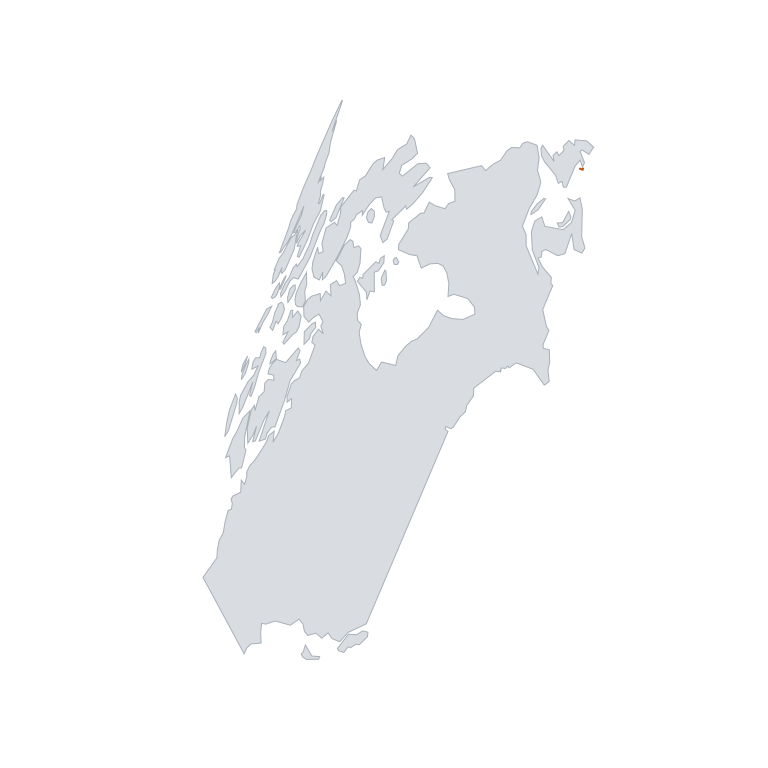 map of Saint Pierre and Miquelon with Canada greyed out, rotated 293°
{"feature_id": "SPM", "entity_name": "Saint Pierre and Miquelon", "entity_type": "country or territory", "adm_level": 0, "iso_a3": "SPM", "parent_name": "North America", "parent_adm1": "", "projection": "equal_earth", "projection_center": [-56.267, 46.926], "detail": "fine", "context": "with_neighbors", "style": "filled", "palette": "amber", "viewbox_px": 768, "rotation_deg": 293, "n_neighbors": 1, "source": "natural_earth", "source_scale": "50m", "svg_char_len": 8395}
<svg xmlns="http://www.w3.org/2000/svg" viewBox="0 0 768 768"><g transform="rotate(293 384 384)"><path d="M156.3,461.4L141.2,447.9L129.5,444.0L129.3,435.6L133.1,429.9L125.7,426.0L128.1,418.7L122.8,412.1L125.1,407.5L131.4,403.2L134.3,397.6L125.4,392.1L123.3,376.3L116.8,369.1L115.9,364.9L107.3,367.5L97.5,372.1L92.7,363.1L87.6,360.9L81.0,360.7L135.3,292.9L158.7,298.1L166.4,295.4L175.5,293.4L184.1,294.2L195.5,291.5L206.8,289.9L209.1,292.5L214.8,291.0L218.4,288.2L222.1,288.8L228.4,294.4L239.7,290.2L237.2,294.9L245.5,293.8L249.1,292.0L256.4,292.4L264.1,295.0L277.1,297.3L285.0,298.4L291.4,298.0L297.8,301.3L287.0,304.6L297.6,306.0L315.1,305.2L321.1,304.0L325.7,308.0L334.4,304.7L329.4,301.9L334.7,299.6L347.8,298.7L352.0,300.2L356.6,303.8L363.9,303.3L373.6,306.3L393.0,305.4L394.1,301.3L400.1,300.1L408.9,302.3L406.3,308.6L412.5,303.3L417.5,303.5L422.9,297.0L417.8,293.1L411.6,290.6L415.0,283.9L424.0,279.7L431.6,280.6L436.7,283.2L442.4,289.9L435.7,293.0L446.8,294.3L444.4,300.8L454.5,295.8L460.6,299.9L457.1,304.8L461.8,309.3L469.9,304.4L476.2,298.8L478.7,291.9L496.2,293.2L503.7,296.4L503.2,299.6L497.7,303.0L501.2,306.6L499.6,309.9L485.8,314.7L476.6,315.8L470.6,313.7L467.7,317.2L456.9,326.3L447.8,331.3L438.3,331.8L432.1,334.9L430.1,339.8L422.1,340.8L411.9,347.0L401.7,355.9L397.0,362.3L393.6,371.8L403.3,373.2L405.6,387.5L415.9,385.8L428.0,389.5L434.3,392.8L438.4,396.9L453.5,403.0L472.8,404.4L470.2,412.1L470.8,421.2L474.3,431.5L483.8,440.4L490.0,437.3L495.4,427.8L493.9,413.4L489.6,408.7L501.8,404.5L510.9,398.3L515.8,392.3L516.1,386.5L512.5,379.3L505.2,373.0L514.9,364.3L513.2,357.0L513.3,344.8L518.3,343.0L536.1,345.8L541.9,343.8L555.4,350.9L557.1,354.0L569.1,354.6L568.1,361.4L569.2,371.7L575.4,373.0L580.0,377.9L590.5,373.3L597.8,364.2L602.6,360.4L623.1,388.5L620.1,394.0L629.4,398.9L635.6,403.9L647.0,406.2L651.6,409.1L654.4,416.7L660.1,417.9L663.0,421.3L663.6,431.6L652.9,438.4L640.7,441.8L631.1,449.5L618.4,451.1L602.5,449.1L583.5,449.7L576.8,456.5L566.8,460.8L545.3,482.7L551.9,481.1L565.2,468.2L581.7,460.2L593.0,459.2L599.5,463.9L592.0,470.5L596.0,488.5L605.8,493.5L618.6,492.1L626.7,480.9L627.0,488.1L631.9,491.7L622.2,498.3L596.8,508.4L587.7,515.8L581.8,515.0L582.0,506.4L595.9,498.0L574.7,499.6L570.0,493.9L570.9,480.3L567.7,477.5L562.5,479.2L560.1,476.6L553.7,484.0L547.6,496.3L541.6,498.4L540.6,500.9L514.5,501.0L500.6,510.9L497.7,514.9L482.7,515.0L479.0,516.6L480.1,522.8L469.1,527.9L460.7,529.6L450.8,535.1L445.6,532.0L455.8,515.5L455.1,497.5L447.8,492.8L449.0,491.0L445.9,489.8L444.6,485.8L440.9,486.5L441.6,485.6L439.9,484.6L439.6,482.0L415.3,468.2L408.0,471.0L396.6,468.5L390.2,469.8L383.5,466.8L371.0,464.6L369.0,463.0L368.9,457.7L366.4,457.7L365.4,461.4L156.3,461.4ZM474.2,343.7L480.0,340.2L489.1,340.3L488.6,341.7L479.8,346.0L475.1,345.8L474.2,343.7ZM518.5,274.8L512.7,271.9L513.5,270.0L529.9,270.2L539.5,273.1L539.7,274.6L518.5,274.8ZM498.1,346.6L501.2,344.2L503.9,344.4L505.3,346.0L501.8,350.1L499.0,349.4L498.1,346.6ZM440.5,263.4L436.4,265.4L428.1,265.0L421.5,263.7L425.7,261.5L434.7,260.2L439.0,261.9L440.5,263.4ZM444.3,251.8L431.0,251.7L430.0,250.5L441.5,250.6L445.2,251.4L444.3,251.8ZM430.0,246.8L436.2,248.2L433.9,249.6L425.1,250.5L420.9,249.5L419.2,248.0L419.6,246.4L430.0,246.8ZM471.4,266.4L447.1,264.1L446.5,259.1L441.6,257.1L429.9,256.5L423.9,255.1L426.9,253.4L438.6,253.6L444.4,255.0L455.7,255.0L460.1,256.5L458.1,258.2L467.6,260.4L483.7,261.0L493.3,260.0L514.6,259.9L520.4,261.7L521.1,263.7L517.1,265.0L508.0,266.1L500.7,265.5L471.4,266.4ZM346.3,249.2L353.9,249.9L351.2,251.1L339.7,252.3L332.2,250.9L337.7,249.6L346.3,249.2ZM346.8,246.5L356.5,247.5L349.1,248.2L339.7,248.2L340.2,247.7L346.8,246.5ZM665.7,436.8L655.3,453.6L660.2,450.4L665.3,452.4L662.6,455.8L669.3,458.4L672.8,456.1L680.3,459.0L678.1,466.1L683.4,464.5L687.0,475.7L683.9,484.4L675.4,482.9L676.9,474.8L674.8,473.6L666.0,482.1L661.4,481.8L666.8,477.1L659.4,474.8L636.4,475.0L635.3,472.1L640.1,468.7L636.8,466.1L643.3,460.2L651.2,445.0L655.8,439.7L662.2,436.4L665.7,436.8ZM476.7,322.0L493.3,328.7L493.1,332.2L498.1,331.6L502.2,334.1L495.8,336.4L486.0,334.6L483.1,331.3L465.1,339.1L464.1,334.7L454.9,335.4L461.7,331.8L468.2,319.4L472.7,320.0L473.0,323.1L476.7,322.0ZM523.9,277.3L530.1,275.1L550.6,280.6L550.9,283.1L562.4,281.8L568.1,285.5L582.5,287.9L587.6,290.4L592.7,296.2L580.9,299.2L595.2,303.5L605.1,304.9L613.7,311.1L623.7,311.6L621.4,316.4L609.5,324.7L601.8,321.6L592.3,314.9L583.9,315.7L582.6,319.8L600.0,329.2L603.7,336.6L601.0,342.0L576.8,333.9L592.0,345.1L592.8,347.8L575.0,344.7L561.2,340.2L553.7,336.5L556.3,334.4L538.2,327.0L537.9,329.2L518.7,330.3L513.7,327.8L519.1,322.5L544.8,321.4L543.1,318.9L545.9,315.4L555.3,308.7L552.0,303.5L543.0,300.3L530.8,298.1L535.1,296.5L529.4,292.6L524.0,292.2L519.6,290.1L515.9,291.9L504.5,292.7L482.4,291.3L460.3,288.6L455.9,286.5L463.3,283.8L454.6,283.8L454.9,277.9L461.3,273.0L468.3,270.8L484.1,269.4L478.5,272.8L482.1,276.3L489.1,271.9L504.8,269.7L513.5,275.2L511.6,278.9L523.9,277.3ZM433.4,267.7L445.6,267.9L456.4,269.1L445.6,273.9L438.1,274.9L429.9,279.1L423.1,278.9L421.5,274.0L422.8,271.3L426.9,269.1L433.4,267.7ZM273.3,258.0L285.7,254.6L299.7,251.9L316.7,251.3L313.5,254.6L308.0,256.1L280.4,259.0L273.3,258.0ZM105.7,414.3L113.1,413.6L105.4,423.9L107.9,431.3L105.0,431.3L100.1,420.0L100.9,416.0L103.0,413.2L105.7,414.3ZM381.8,244.8L407.1,246.7L411.7,250.2L402.7,249.8L394.0,248.5L381.5,248.3L387.6,247.2L381.3,246.3L381.8,244.8ZM149.3,466.2L144.9,467.5L134.3,463.1L133.5,459.7L128.2,456.3L128.1,453.6L121.2,451.9L120.7,446.7L122.4,444.5L139.7,449.0L142.5,456.9L148.4,460.8L149.3,466.2ZM274.8,266.1L282.5,267.1L297.3,267.4L306.9,271.1L281.2,276.3L271.0,280.3L269.2,282.8L251.1,285.7L249.8,283.1L238.1,280.0L257.6,270.0L254.3,266.9L274.8,266.1ZM359.7,259.3L365.3,258.5L371.3,258.7L371.0,261.0L366.1,263.3L345.8,264.1L329.6,266.2L320.6,266.4L320.9,264.7L334.5,262.5L307.7,263.1L300.1,262.2L311.3,257.6L317.7,256.4L332.9,257.9L341.4,260.7L351.4,261.0L345.9,256.6L352.2,255.0L357.8,255.5L359.7,259.3ZM359.2,273.3L364.7,275.5L365.2,285.1L383.7,291.0L381.7,293.7L371.3,294.2L374.1,296.6L370.8,299.0L350.2,296.3L329.9,298.8L302.0,300.4L300.4,297.4L293.0,295.6L287.0,296.3L282.5,291.4L314.4,288.9L303.4,287.5L281.4,287.8L279.6,285.6L295.3,283.2L285.9,283.3L276.3,281.8L290.0,275.3L308.3,272.0L313.7,273.0L309.0,275.6L323.4,273.9L330.0,276.7L338.5,273.9L342.9,275.7L344.6,281.3L349.0,278.9L348.0,273.2L353.7,272.4L359.2,273.3ZM394.5,275.3L389.7,271.7L398.0,269.2L404.6,270.3L415.5,269.6L416.3,271.2L409.5,273.7L417.5,276.1L414.2,281.2L403.2,283.5L397.6,283.0L394.4,280.8L381.6,276.4L382.6,274.6L394.5,275.3ZM360.3,270.5L368.4,270.3L372.3,271.4L365.1,275.0L357.9,271.2L360.3,270.5ZM415.9,255.3L419.2,257.4L418.3,259.8L413.9,263.3L404.0,263.8L398.1,263.0L399.6,260.2L389.9,260.6L391.5,257.0L397.6,257.1L407.1,255.6L415.1,255.9L415.9,255.3ZM432.8,241.8L441.7,239.3L447.6,239.1L445.5,238.4L458.5,238.3L464.8,239.9L482.8,241.3L486.4,243.5L492.8,244.7L484.6,245.8L473.0,248.7L451.3,248.5L445.9,246.9L446.6,245.5L451.5,244.5L441.2,244.6L435.6,243.4L432.8,241.8ZM463.9,236.4L489.8,235.3L498.3,234.3L505.1,234.5L510.8,235.2L515.4,233.8L532.8,233.1L552.4,233.3L568.4,232.9L606.8,233.4L628.6,234.4L628.3,235.1L596.1,237.5L608.2,237.5L585.6,240.3L575.5,243.0L563.8,243.6L560.1,244.4L542.9,244.7L550.6,245.2L546.5,245.9L550.8,247.8L545.1,249.1L536.0,250.3L532.8,251.9L524.5,253.1L525.0,254.1L534.9,254.0L534.7,255.0L518.6,257.7L503.8,256.5L486.6,257.2L467.4,256.4L467.5,254.3L478.5,253.3L476.8,250.3L480.4,250.0L495.0,251.8L488.2,249.1L479.2,248.4L484.4,246.9L494.8,246.0L496.8,244.7L489.4,243.3L487.7,241.5L507.2,242.0L516.4,240.8L484.3,240.6L474.9,239.5L470.7,238.3L464.6,237.4L463.9,236.4ZM539.2,307.6L534.7,309.6L527.5,310.0L526.6,306.7L530.1,302.9L536.0,302.0L540.6,303.8L539.2,307.6ZM411.4,294.3L414.2,296.7L409.4,299.0L401.8,297.0L396.4,297.7L389.2,294.9L401.0,290.2L411.4,294.3ZM597.4,453.0L600.0,452.2L609.8,454.6L617.3,458.7L617.5,460.4L604.2,457.6L597.4,453.0ZM599.9,480.6L602.3,485.4L615.0,486.5L611.1,490.6L608.2,491.2L598.6,487.0L596.8,483.7L599.9,480.6Z" fill="#d9dde1" stroke="#a8b0b8" stroke-width="1"/><path d="M659.3,482.6L658.6,483.0L658.4,482.8L658.5,482.5L658.8,481.8L658.8,481.6L658.4,480.3L658.5,480.1L659.1,480.3L659.2,480.6L658.9,481.4L659.1,482.0L659.4,482.4L659.3,482.6ZM660.2,483.3L659.5,483.3L659.7,483.0L659.9,482.9L660.2,482.9L660.3,482.9L660.3,483.2L660.2,483.3Z" fill="#f59e0b" stroke="#b45309" stroke-width="1.5"/></g></svg>